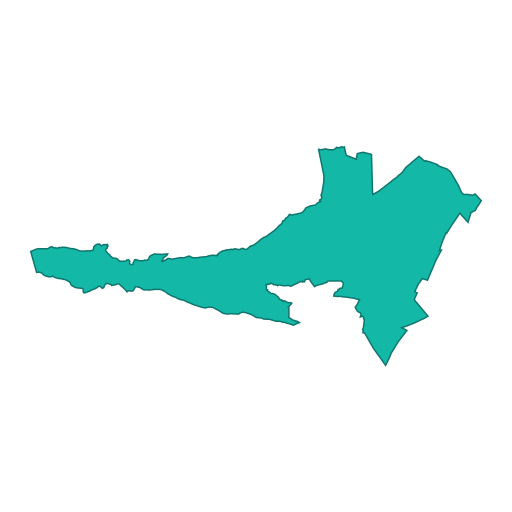 outline of Huejotzingo, Puebla, Mexico
{"feature_id": "50627088B90352297212669", "entity_name": "Huejotzingo", "entity_type": "district", "adm_level": 2, "iso_a3": "MEX", "parent_name": "Mexico", "parent_adm1": "Puebla", "projection": "orthographic", "projection_center": [-98.474, 19.164], "detail": "fine", "context": "isolated", "style": "filled", "palette": "teal", "viewbox_px": 512, "rotation_deg": 0, "n_neighbors": 0, "source": "geoboundaries", "source_scale": "gbopen_adm2", "svg_char_len": 6049}
<svg xmlns="http://www.w3.org/2000/svg" viewBox="0 0 512 512"><path d="M36.6,272.4L39.3,272.1L42.1,273.2L42.7,274.1L44.9,275.7L48.5,276.8L51.3,276.8L52.6,276.1L55.0,277.5L59.4,278.7L61.2,278.6L62.9,279.3L64.5,279.4L66.2,280.1L69.6,282.0L70.4,283.0L70.6,284.2L72.1,285.8L75.1,287.4L78.0,288.0L82.6,288.4L83.0,288.7L83.2,289.4L83.2,291.5L83.7,292.7L84.5,292.9L89.7,291.2L91.3,290.1L95.4,288.6L99.1,286.2L100.2,286.4L102.2,288.3L103.7,287.7L104.4,285.8L105.1,284.6L106.8,283.3L111.2,284.5L111.6,285.5L115.1,284.8L118.7,283.6L125.3,289.7L126.7,291.4L126.7,291.0L127.8,291.2L128.7,290.6L130.5,291.1L132.1,291.1L133.0,290.8L133.5,290.4L135.5,286.6L136.6,286.7L138.1,287.2L139.6,287.3L143.1,289.6L144.9,290.0L146.5,289.8L148.5,290.1L154.8,289.4L159.8,289.4L160.9,289.6L165.2,291.6L167.5,293.6L172.8,296.4L176.1,297.5L178.2,298.8L181.1,299.8L183.8,300.2L188.2,302.5L190.4,303.1L192.8,304.4L201.9,307.3L205.2,308.0L208.7,307.1L212.3,307.2L217.8,310.0L223.0,313.2L224.8,313.7L227.7,314.0L230.5,313.7L238.6,314.1L240.1,313.0L241.8,312.3L243.9,312.3L246.3,312.8L250.6,314.3L252.6,315.2L256.3,317.5L261.4,318.0L263.9,319.1L269.6,319.3L276.5,321.4L278.9,321.2L280.7,321.5L282.6,322.2L285.6,322.6L286.4,323.1L288.8,323.6L293.6,325.2L297.2,323.4L299.3,322.7L298.7,322.4L298.5,322.0L297.6,321.4L295.8,321.0L292.3,319.8L290.7,318.6L288.6,317.5L288.9,316.9L288.9,311.2L288.9,306.6L288.6,306.6L291.3,304.0L291.8,303.1L290.1,302.6L288.4,302.7L286.7,302.1L284.9,300.9L283.8,300.8L283.5,301.2L283.1,301.3L282.4,301.0L282.0,300.6L282.2,300.4L281.7,300.0L280.3,299.6L279.1,298.9L278.8,297.6L275.2,294.5L272.8,293.5L271.5,293.7L270.9,293.4L270.0,292.5L267.3,290.8L267.6,289.8L266.3,289.6L266.5,286.1L266.2,284.6L267.3,284.1L268.0,284.5L269.0,284.1L270.0,284.0L270.7,283.1L273.0,284.0L273.7,284.8L274.2,284.6L275.0,284.6L275.4,284.9L275.8,284.8L276.8,285.2L277.6,285.7L278.3,285.1L280.0,284.9L281.4,285.4L282.6,285.4L283.3,285.8L289.0,285.5L290.3,286.3L292.2,285.7L293.3,285.2L293.3,284.9L295.1,284.2L295.4,283.9L297.2,283.5L298.2,282.6L299.0,282.4L299.1,282.1L300.4,281.6L301.8,281.8L302.2,281.2L302.7,281.5L302.9,281.9L303.3,281.6L304.6,281.8L304.8,280.6L305.2,279.7L309.3,278.9L310.5,281.2L314.5,286.6L317.3,285.2L322.7,283.9L323.8,283.2L326.0,282.7L326.8,282.3L328.0,281.0L341.2,281.0L343.0,282.7L343.4,283.9L342.5,287.0L342.4,288.1L339.9,288.3L339.2,289.4L338.1,289.4L337.6,291.3L336.1,291.8L334.6,293.2L334.2,294.0L333.8,296.1L338.0,296.5L340.4,296.3L342.9,296.9L345.4,297.0L353.9,298.2L356.4,299.0L359.5,299.5L357.4,304.1L355.2,307.3L357.1,310.9L358.3,311.9L359.7,312.5L360.5,313.1L361.0,313.8L361.1,314.2L360.3,317.0L362.2,316.3L363.2,316.5L363.6,317.5L363.5,318.4L363.9,319.0L364.3,319.1L364.1,322.2L363.4,327.5L363.1,328.6L362.6,329.3L363.2,330.5L362.9,332.7L364.8,333.3L373.4,348.3L385.6,365.3L389.6,357.3L391.2,353.2L398.4,341.5L406.9,330.4L401.7,327.7L406.1,326.2L415.2,322.6L422.6,319.0L423.4,318.8L428.0,316.2L414.4,299.9L414.2,300.1L414.9,298.0L417.2,292.9L414.7,291.7L418.3,284.2L422.3,278.6L427.5,280.2L436.1,259.9L441.4,250.1L439.4,250.5L442.4,241.5L445.9,233.1L446.6,233.4L450.5,227.0L459.8,213.2L468.0,222.3L470.8,213.2L471.3,212.5L475.1,210.5L476.0,209.3L476.6,207.6L478.5,205.1L481.3,200.7L475.1,194.0L472.3,195.3L471.1,194.9L469.1,194.8L468.0,194.4L463.8,194.5L461.7,192.8L458.2,185.0L450.4,171.7L446.7,168.8L443.1,167.7L437.6,165.5L437.6,164.7L429.9,161.9L425.5,160.7L425.4,161.2L424.5,161.1L419.0,156.3L405.8,167.5L402.3,172.3L400.3,174.2L398.4,175.4L397.9,176.0L398.0,176.1L397.9,176.3L397.1,177.0L392.6,180.2L391.1,181.6L379.0,191.0L372.9,194.5L372.5,191.6L371.5,154.6L370.3,154.0L363.0,152.3L357.3,153.6L356.2,159.2L346.2,155.3L344.3,146.9L343.1,147.3L341.4,146.7L340.2,147.5L337.8,147.9L336.5,147.3L335.6,148.5L333.8,149.6L333.0,149.8L329.3,149.7L326.7,149.3L326.2,148.9L323.6,149.2L323.2,149.6L322.4,149.4L320.7,149.8L319.0,149.3L318.6,149.4L323.9,175.5L323.8,181.4L323.3,184.9L321.9,193.1L321.0,195.3L321.6,196.3L321.6,197.9L321.3,199.0L320.6,199.6L319.7,199.9L319.6,200.4L320.6,201.5L319.1,202.0L317.4,203.1L315.6,205.0L310.7,205.8L306.2,207.7L305.5,208.3L305.0,209.5L303.0,211.8L301.6,212.9L291.2,215.2L290.8,214.6L289.4,214.4L287.6,217.1L285.6,218.3L284.7,220.1L282.7,221.0L282.3,222.5L281.2,224.2L280.3,224.9L279.4,225.3L277.3,227.8L274.5,230.4L266.3,236.4L265.7,236.5L265.5,237.0L263.9,237.3L260.1,239.9L260.0,240.2L256.6,243.0L254.1,244.8L252.2,245.6L250.4,246.1L247.0,249.2L245.7,249.5L243.1,248.5L241.8,248.4L240.2,249.3L239.0,249.6L238.6,249.5L238.2,249.6L236.9,249.1L235.5,248.9L234.3,248.9L233.1,249.5L232.9,249.3L232.4,249.6L231.2,249.2L230.5,249.7L229.4,249.5L227.8,250.1L227.5,249.8L226.6,249.8L224.6,250.6L222.8,250.8L221.8,251.3L221.5,251.8L220.2,252.1L218.6,253.6L218.2,253.7L218.0,254.5L217.4,254.7L217.4,255.1L216.9,255.1L216.2,255.8L214.9,255.3L212.1,255.3L208.7,255.9L205.9,256.8L202.9,256.9L197.2,257.7L194.4,257.8L193.0,257.7L191.4,257.2L189.1,256.0L183.7,257.9L180.4,257.6L171.9,259.2L168.6,258.4L167.4,258.7L166.1,259.8L164.5,260.4L163.5,261.2L162.3,261.5L161.8,260.9L162.5,260.3L163.5,257.8L166.9,255.3L167.6,253.9L161.4,254.4L159.6,254.2L156.9,254.2L154.4,253.9L150.4,255.8L149.5,256.7L148.9,258.5L148.2,259.4L146.9,260.3L144.6,260.1L143.6,260.6L141.0,260.9L138.7,260.5L136.3,259.7L134.8,259.7L134.5,260.0L133.8,261.9L133.2,262.7L133.1,264.4L131.9,264.6L131.0,264.5L130.0,263.9L129.5,263.3L129.8,261.3L129.1,260.2L128.3,259.7L127.7,260.0L126.8,260.0L126.4,260.8L125.4,261.1L120.2,261.3L118.8,260.5L117.5,259.1L116.4,258.4L114.2,258.1L112.9,258.1L112.3,257.8L112.0,257.2L110.1,255.7L109.6,254.6L108.6,253.9L108.0,253.7L105.8,250.8L105.6,249.7L106.1,248.9L107.2,248.0L107.1,246.4L107.9,246.3L108.0,246.0L107.5,244.5L103.5,244.7L101.2,245.9L99.8,244.2L99.1,244.0L98.6,244.3L96.7,244.3L95.0,245.5L93.8,246.9L93.3,249.7L92.3,250.4L89.6,250.9L86.1,250.8L85.2,251.1L80.0,251.0L76.1,249.4L73.2,248.7L70.4,248.5L66.1,247.4L62.3,247.2L60.9,247.6L59.7,247.4L56.9,248.2L55.7,247.8L53.9,247.9L52.0,246.7L51.0,246.8L47.5,248.8L38.7,248.7L36.7,249.0L30.7,251.5L36.6,272.4Z" fill="#14b8a6" stroke="#0f766e" stroke-width="1.5"/></svg>